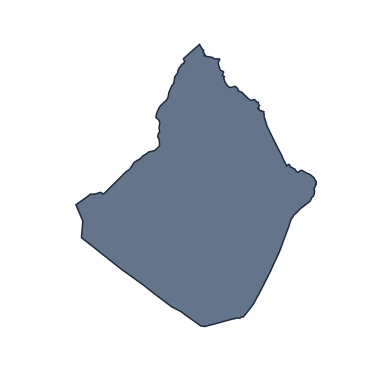 outline of San Pedro Mártir Yucuxaco, Oaxaca, Mexico, rotated 249°
{"feature_id": "50627088B78059465954493", "entity_name": "San Pedro Mártir Yucuxaco", "entity_type": "district", "adm_level": 2, "iso_a3": "MEX", "parent_name": "Mexico", "parent_adm1": "Oaxaca", "projection": "robinson", "projection_center": [-97.623, 17.452], "detail": "fine", "context": "isolated", "style": "filled", "palette": "slate", "viewbox_px": 384, "rotation_deg": 249, "n_neighbors": 0, "source": "geoboundaries", "source_scale": "gbopen_adm2", "svg_char_len": 3628}
<svg xmlns="http://www.w3.org/2000/svg" viewBox="0 0 384 384"><g transform="rotate(249 192 192)"><path d="M61.8,155.8L58.8,185.0L58.4,186.3L58.5,188.4L57.0,191.5L57.7,193.7L56.9,195.1L60.1,200.5L63.3,205.9L65.5,209.3L66.1,210.1L70.4,215.0L72.4,217.4L75.2,220.6L79.6,225.5L89.9,236.9L97.5,244.5L100.9,248.2L104.2,251.5L106.0,253.2L108.5,255.5L113.5,259.7L125.1,270.0L129.7,273.6L131.4,275.1L131.8,276.1L134.0,279.0L135.3,282.4L137.6,287.3L141.0,298.6L141.1,299.1L143.8,301.8L144.0,302.3L144.2,302.5L144.3,303.1L144.7,304.0L145.1,304.2L145.7,304.9L146.1,305.3L146.4,305.4L146.9,305.6L147.5,306.1L148.5,306.5L150.2,307.1L150.4,307.2L151.3,306.9L151.7,307.3L152.5,308.6L153.9,309.6L154.4,310.6L154.7,310.6L155.1,310.6L155.1,310.8L155.8,311.3L156.1,311.2L156.4,311.3L156.9,311.6L161.9,310.8L162.0,310.6L162.3,310.5L163.2,310.1L165.2,309.0L166.0,308.5L166.7,307.9L169.9,304.6L170.5,304.3L172.8,302.4L173.3,300.6L172.5,299.2L172.4,297.7L173.7,297.2L174.1,296.7L175.0,296.6L176.7,296.2L177.3,295.2L178.5,294.6L179.8,293.3L180.7,292.8L182.0,293.0L183.1,292.3L182.6,289.7L184.8,289.7L185.2,289.5L185.9,289.4L192.2,288.8L194.0,288.9L205.0,287.6L224.8,285.8L226.6,285.6L230.4,286.0L237.2,286.4L237.4,286.5L238.1,287.1L240.2,287.3L241.1,287.9L241.8,287.2L242.6,286.1L243.1,285.9L243.2,285.2L243.9,284.4L244.6,284.4L244.8,284.0L245.4,284.3L246.5,283.5L246.8,283.9L246.7,284.5L247.2,284.4L247.6,284.6L247.9,284.9L248.6,286.0L249.0,285.7L250.6,285.6L251.6,286.1L252.0,286.1L252.2,285.8L252.6,285.2L253.0,284.6L254.8,284.2L256.1,283.2L256.3,279.9L258.9,278.1L260.3,277.3L261.7,276.9L262.8,276.3L263.6,275.8L266.4,274.7L268.1,273.5L269.1,272.4L269.5,271.5L270.1,271.8L272.6,271.5L273.4,271.3L275.2,270.1L275.6,268.5L275.3,267.5L275.8,265.8L276.0,265.3L276.5,264.4L278.4,263.2L282.7,262.2L287.0,262.4L287.5,262.9L287.8,263.6L288.7,263.2L290.1,262.3L290.3,262.4L291.3,263.3L291.4,263.5L292.0,264.2L292.9,264.5L293.8,263.9L294.1,263.7L294.8,262.8L295.6,262.2L296.2,262.0L297.3,262.2L298.6,262.2L299.2,262.1L303.2,262.8L303.7,262.9L304.1,263.4L304.2,263.8L304.4,264.1L304.9,264.5L305.2,264.7L305.5,265.2L305.8,265.4L306.2,265.3L306.5,265.2L308.1,260.8L308.7,260.4L310.4,259.3L311.6,256.9L312.3,256.3L313.5,253.7L314.1,253.8L314.3,253.5L314.7,252.3L315.0,252.3L315.9,253.3L317.9,252.8L318.1,252.7L318.4,253.0L319.2,252.9L319.6,253.5L320.0,253.7L320.4,253.6L321.3,252.9L325.6,252.1L327.1,252.0L324.8,245.6L319.5,231.7L317.1,231.8L316.9,231.8L316.1,231.9L315.8,231.4L315.6,230.9L315.5,230.5L315.1,230.2L314.9,230.2L314.8,228.0L313.1,226.0L312.8,224.9L310.4,222.4L309.7,222.0L308.5,221.5L305.4,216.9L305.1,216.8L300.7,214.4L300.4,214.1L300.4,213.9L299.9,214.0L298.4,211.2L293.6,206.4L289.3,203.7L288.2,202.8L287.6,202.0L287.1,201.4L286.8,200.8L286.5,199.8L285.9,198.4L285.1,196.2L284.0,193.9L282.6,191.6L279.7,188.6L276.8,186.3L274.5,185.0L273.5,185.5L272.0,186.5L269.4,186.9L267.7,186.6L266.2,185.6L263.6,184.2L262.4,183.9L259.8,183.4L258.4,181.3L255.5,179.7L253.2,180.2L251.4,179.8L246.8,178.3L245.6,176.1L244.1,171.8L244.9,166.4L244.8,165.3L243.9,163.0L243.8,162.4L243.6,160.0L243.1,158.5L242.0,156.9L241.8,156.3L242.0,156.0L242.0,155.2L241.2,154.7L241.2,152.9L241.2,152.0L241.0,151.2L240.6,150.0L240.5,148.9L235.4,141.7L235.3,141.1L234.8,139.9L234.9,138.6L234.7,138.1L222.3,109.9L222.2,107.9L222.7,107.8L223.1,107.5L223.9,107.0L224.5,106.4L224.8,100.8L225.8,97.9L226.2,96.6L226.5,96.2L225.6,94.3L221.7,79.0L204.1,79.7L188.9,72.4L177.7,79.2L170.5,83.4L162.9,87.9L144.6,98.7L135.0,105.1L121.8,113.7L110.9,120.1L99.1,127.5L92.0,131.9L84.6,138.6L77.1,143.4L71.9,146.9L64.0,152.0L61.8,155.8Z" fill="#64748b" stroke="#1e293b" stroke-width="1.5"/></g></svg>